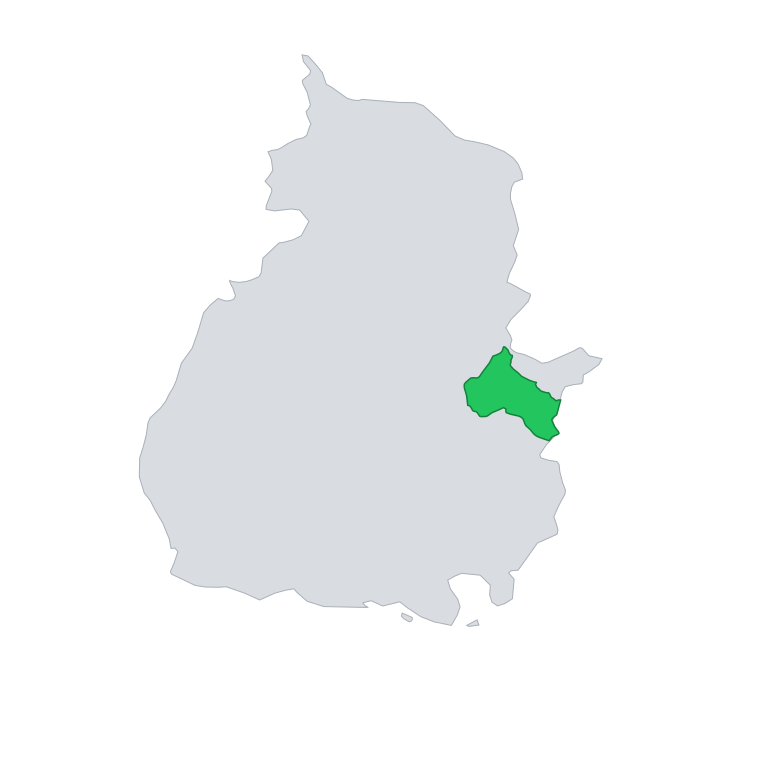 where Prey Vêng sits in Cambodia, rotated 297°
{"feature_id": "KHM-1790", "entity_name": "Prey Vêng", "entity_type": "Province", "adm_level": 1, "iso_a3": "KHM", "parent_name": "Cambodia", "parent_adm1": "", "projection": "orthographic", "projection_center": [105.494, 11.354], "detail": "fine", "context": "in_parent", "style": "filled", "palette": "green", "viewbox_px": 768, "rotation_deg": 297, "n_neighbors": 0, "source": "natural_earth", "source_scale": "10m", "svg_char_len": 4687}
<svg xmlns="http://www.w3.org/2000/svg" viewBox="0 0 768 768"><g transform="rotate(297 384 384)"><path d="M640.1,161.6L641.8,167.3L637.7,178.1L633.3,187.9L624.9,196.5L624.6,202.8L621.8,221.5L623.0,227.5L625.0,232.6L627.7,235.3L635.2,253.6L642.0,270.2L648.7,283.9L649.9,292.6L644.1,314.6L637.2,334.8L637.9,344.9L641.0,354.9L644.3,368.3L645.7,385.5L644.0,396.7L640.8,403.7L634.8,410.9L629.5,414.5L623.0,408.5L618.0,408.3L611.1,410.2L605.8,413.0L594.9,423.5L582.8,433.8L566.0,436.4L559.5,444.0L552.5,445.1L539.2,445.5L530.5,447.3L530.9,451.1L530.3,469.1L530.5,473.3L529.1,474.4L523.1,475.0L512.9,472.2L499.1,467.8L489.3,467.1L484.2,475.0L481.2,478.0L477.5,478.5L473.6,479.9L472.3,483.4L472.0,487.8L473.9,495.2L474.6,507.1L474.1,515.2L477.8,520.3L498.9,537.5L505.1,541.7L505.9,544.3L502.2,553.7L505.5,566.8L498.9,566.6L487.8,561.0L482.5,557.5L476.1,560.3L473.9,559.8L469.6,553.3L463.9,546.7L458.1,546.3L445.8,548.9L433.2,550.7L428.4,550.7L426.5,551.9L419.1,561.7L416.1,560.0L403.4,556.2L391.8,554.8L389.4,557.3L390.8,565.4L393.4,573.2L391.8,576.5L385.5,580.6L377.1,588.0L371.9,593.8L368.3,595.2L355.5,594.9L342.8,595.6L337.6,601.0L332.8,605.3L328.7,606.4L312.0,592.9L279.0,588.0L275.4,582.1L272.2,580.9L269.1,588.6L250.9,595.9L243.3,591.4L237.8,585.9L238.7,579.3L244.0,573.9L253.0,570.1L257.3,556.5L250.5,539.0L244.5,533.9L238.2,529.8L231.5,536.2L225.8,547.3L219.9,553.0L211.6,554.2L199.5,553.6L194.9,537.0L193.4,522.8L195.2,506.6L197.1,497.0L185.6,483.6L185.1,471.0L179.5,464.5L177.8,467.7L177.9,471.4L176.4,468.7L158.4,431.5L155.5,414.3L158.8,401.1L160.6,396.7L155.4,389.7L148.1,381.7L135.1,371.2L134.4,354.8L131.7,335.5L127.8,328.9L122.0,317.0L118.8,307.1L118.1,281.0L119.8,278.9L129.0,278.3L141.0,276.5L142.9,272.4L140.8,268.9L148.5,263.0L159.5,250.2L168.1,236.8L174.3,228.3L178.0,219.9L190.3,208.0L207.3,199.9L218.7,198.0L230.7,195.3L242.1,191.4L247.6,191.0L261.7,196.0L269.4,197.3L277.4,197.2L285.7,197.8L293.0,197.3L310.4,194.0L328.8,196.8L345.3,194.7L365.7,190.9L375.7,193.4L384.8,197.3L386.1,205.2L388.2,208.8L391.2,211.6L395.2,211.6L400.5,206.1L404.8,200.4L406.2,199.4L406.4,202.2L408.6,208.4L412.5,214.4L416.4,218.5L422.9,223.9L427.2,224.1L441.1,219.0L462.1,226.4L464.5,230.1L471.3,237.6L478.6,243.0L494.9,243.3L500.7,230.0L497.9,222.0L488.6,208.0L486.0,199.7L489.0,198.2L504.7,196.6L507.2,195.0L510.7,185.9L515.0,186.9L523.7,188.0L532.9,181.8L538.3,175.2L541.3,178.2L544.6,182.8L548.2,185.4L554.8,189.3L562.1,194.8L566.7,200.3L570.4,202.3L579.7,200.8L582.2,201.0L587.6,194.4L591.4,190.8L594.6,191.8L599.3,191.7L609.0,183.2L614.5,175.5L617.5,173.4L626.3,177.2L629.8,176.4L634.8,165.8L640.1,161.6ZM188.8,515.1L187.0,516.1L185.3,516.0L183.6,514.5L183.8,508.5L185.1,504.9L188.1,504.2L188.8,515.1ZM216.1,574.0L212.3,578.0L206.5,569.6L206.5,567.3L216.1,574.0Z" fill="#d9dde1" stroke="#a8b0b8" stroke-width="1"/><path d="M470.5,479.2L470.2,479.5L468.9,480.9L467.7,482.8L467.4,484.8L467.7,485.3L467.0,485.7L466.7,485.9L466.4,486.0L466.0,486.1L465.2,486.2L463.4,486.2L463.0,486.3L462.6,486.4L461.6,487.1L458.9,487.6L458.3,487.9L457.9,488.3L457.4,489.0L456.1,492.3L454.7,498.8L454.0,501.0L453.5,502.3L453.4,502.8L453.3,503.5L453.3,511.7L454.0,517.0L454.3,517.7L454.3,518.0L454.6,518.7L454.4,519.2L452.8,519.0L452.2,519.4L452.0,519.7L451.5,520.5L450.7,521.2L450.5,521.5L450.4,521.8L449.9,524.4L449.6,525.3L449.1,526.3L449.1,527.2L449.2,528.5L450.0,532.8L450.3,533.7L450.6,533.9L450.8,534.2L450.9,534.5L450.8,535.0L450.5,535.8L450.2,536.2L450.0,536.6L448.9,537.8L448.7,538.1L448.3,538.8L448.1,539.5L447.7,542.9L447.5,543.6L447.0,544.4L447.1,544.7L447.3,545.1L448.1,545.8L449.1,546.9L449.9,548.7L440.4,550.7L435.3,551.8L434.5,551.7L432.2,550.5L429.4,549.7L428.9,549.5L427.6,550.4L423.5,555.2L420.5,561.4L419.5,562.3L418.0,561.8L414.5,558.7L412.9,557.7L408.4,556.9L406.9,546.2L406.9,543.3L407.4,540.4L409.8,534.9L411.2,529.6L412.6,527.5L415.9,523.9L416.7,521.5L416.6,518.7L414.5,510.3L414.0,505.9L414.8,505.1L417.1,503.8L417.2,501.5L416.3,500.4L414.9,499.5L407.5,493.3L402.4,490.6L401.7,489.9L401.2,489.3L399.2,485.7L398.9,485.0L398.7,484.0L400.8,480.1L401.2,478.5L401.1,478.1L400.8,477.4L400.6,476.5L400.5,475.6L400.6,475.1L400.8,474.7L401.0,474.5L402.7,471.9L403.1,471.1L403.3,470.5L403.3,469.6L403.2,469.3L403.0,468.3L411.1,462.9L415.0,459.3L415.9,458.3L417.7,456.9L418.8,456.3L419.6,455.9L420.7,455.7L422.6,456.1L428.6,458.5L430.1,460.7L431.3,463.6L431.6,464.1L432.1,464.7L432.4,464.9L432.8,465.1L433.9,465.6L434.6,465.8L438.3,466.2L450.9,468.4L458.2,468.4L461.1,471.1L463.5,473.0L464.3,473.5L465.1,473.8L465.9,474.1L467.1,474.3L467.4,474.3L471.0,473.7L471.6,473.9L471.8,474.6L471.6,476.2L470.6,478.7L470.5,479.2L470.5,479.2Z" fill="#22c55e" stroke="#15803d" stroke-width="1.5"/></g></svg>